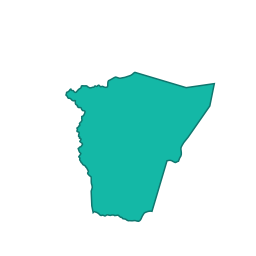 outline of San Isidro, Intibucá, Honduras, rotated 218°
{"feature_id": "27666195B3515972016416", "entity_name": "San Isidro", "entity_type": "district", "adm_level": 2, "iso_a3": "HND", "parent_name": "Honduras", "parent_adm1": "Intibucá", "projection": "mercator", "projection_center": [-88.099, 14.565], "detail": "fine", "context": "isolated", "style": "filled", "palette": "teal", "viewbox_px": 256, "rotation_deg": 218, "n_neighbors": 0, "source": "geoboundaries", "source_scale": "gbopen_adm2", "svg_char_len": 5483}
<svg xmlns="http://www.w3.org/2000/svg" viewBox="0 0 256 256"><g transform="rotate(218 128 128)"><path d="M107.0,195.6L156.8,176.1L157.1,175.4L157.4,174.5L157.5,173.4L157.7,172.7L158.3,171.0L161.1,166.8L161.8,165.8L163.4,164.0L164.4,162.8L164.9,162.3L165.3,162.0L165.9,161.7L167.7,161.1L169.0,160.6L169.3,160.2L169.8,159.4L171.4,155.5L172.2,153.8L172.4,153.4L172.4,153.0L172.4,152.7L172.3,152.4L172.0,151.7L171.2,150.5L170.3,149.2L170.0,148.9L169.8,148.5L169.7,148.1L169.7,147.6L169.8,147.2L170.0,146.8L170.3,146.5L170.6,146.3L171.0,146.0L172.3,145.5L172.7,145.4L173.3,145.3L173.6,145.2L174.3,144.5L174.8,143.8L175.1,143.6L175.4,143.6L175.8,143.6L176.4,143.8L176.8,143.8L177.2,143.8L177.4,143.7L177.6,143.5L177.8,143.1L177.9,142.8L177.9,142.1L178.0,141.8L178.2,141.5L178.3,141.4L178.5,141.3L179.0,141.1L179.6,141.0L179.8,140.9L179.9,140.7L180.0,140.4L180.1,140.1L180.0,139.8L180.0,139.5L180.1,139.1L180.3,138.8L180.5,138.6L180.9,138.4L181.1,138.2L181.7,137.2L182.1,136.7L182.6,136.3L182.8,136.1L183.1,136.0L183.7,135.9L184.9,135.7L186.0,135.8L186.3,135.7L186.7,135.6L187.0,135.4L188.5,134.2L189.6,133.4L190.1,133.1L190.3,132.9L190.4,132.6L190.5,132.4L190.5,132.2L190.4,132.0L190.0,131.4L189.9,130.9L189.8,130.6L190.7,128.0L190.9,124.1L191.0,124.0L191.2,123.8L191.6,123.6L192.0,123.4L192.4,123.4L192.7,123.4L193.0,123.4L193.5,123.6L194.0,123.7L194.3,123.7L194.5,123.6L194.7,123.4L195.0,123.2L195.4,123.0L195.8,122.9L196.0,122.9L196.2,123.0L196.5,123.2L196.8,123.5L197.0,123.5L197.2,123.1L197.3,122.7L197.3,122.3L197.2,121.7L197.2,121.3L197.3,120.7L197.5,119.9L197.7,119.2L197.9,118.9L198.2,118.6L198.2,118.4L198.2,118.0L197.8,117.5L197.6,116.8L197.2,115.8L196.8,115.7L196.4,115.6L196.0,115.6L195.6,115.7L194.2,114.9L193.8,114.8L193.6,114.8L193.3,114.8L192.7,115.1L192.0,115.6L191.6,115.7L191.3,115.7L190.9,115.7L189.1,115.4L188.7,115.5L188.3,115.6L188.0,115.7L187.6,115.9L187.2,116.4L186.8,116.9L186.7,116.9L186.4,117.0L186.3,116.9L186.1,116.9L185.9,116.4L185.1,115.6L184.7,115.1L184.2,114.7L183.8,114.5L183.3,114.5L182.3,114.5L181.6,114.5L181.4,114.4L181.3,114.2L181.1,113.9L180.9,113.7L180.5,113.7L180.1,113.7L179.7,113.7L179.4,113.8L179.1,114.0L178.6,114.4L178.2,114.7L177.9,114.9L177.6,114.9L177.3,114.9L177.0,114.8L176.8,114.7L176.5,114.4L176.3,114.3L175.4,114.0L174.6,113.8L174.3,113.9L173.1,114.6L172.5,114.7L172.2,114.6L171.8,114.3L171.4,113.4L171.0,112.1L170.8,111.2L170.8,110.6L170.8,110.1L170.9,109.7L171.0,109.4L171.2,109.1L171.5,108.6L170.9,107.9L170.2,106.8L169.8,106.5L169.3,106.1L169.0,105.7L168.8,104.0L168.8,103.5L169.0,103.1L169.0,102.8L169.0,102.1L169.0,101.7L168.9,101.6L168.8,101.4L168.3,101.1L167.9,100.8L167.7,100.5L167.5,100.1L167.5,99.9L167.6,99.7L167.8,99.6L168.0,99.2L167.8,98.5L167.7,97.9L167.8,97.6L168.0,97.3L168.1,97.0L168.2,96.7L168.1,96.4L167.7,96.3L167.3,96.1L167.2,96.0L166.9,95.6L166.6,94.6L166.3,94.2L166.0,93.9L165.9,93.9L165.7,93.9L165.3,94.1L164.5,94.4L164.2,94.4L163.8,94.3L163.6,94.1L163.4,93.9L163.2,93.7L163.0,93.2L162.8,92.5L162.0,91.2L161.9,91.1L161.6,91.0L161.1,91.1L160.7,91.2L160.4,91.1L160.2,90.9L160.2,90.4L160.1,90.2L158.5,90.4L158.3,90.4L158.1,90.2L157.9,89.8L157.8,89.2L157.8,88.2L157.7,87.9L157.6,87.7L155.9,87.7L154.9,87.7L154.3,87.5L154.1,87.4L153.9,87.2L153.7,86.8L153.8,86.3L153.6,85.6L153.6,84.9L153.6,84.4L153.7,84.0L154.1,83.7L154.2,83.4L154.3,82.9L154.4,81.8L154.6,81.3L154.6,81.1L152.5,79.8L151.8,79.4L151.3,79.2L150.9,79.1L149.8,79.0L149.6,78.9L149.4,78.8L149.3,78.5L149.2,77.1L149.1,76.1L149.2,75.5L149.1,75.1L148.8,74.9L148.6,74.9L148.3,74.9L148.0,74.9L147.7,74.8L147.4,74.7L147.2,74.5L147.1,74.3L147.0,73.9L146.9,73.7L146.5,73.3L146.1,73.0L145.7,72.9L145.0,72.7L144.3,72.3L143.8,72.1L143.6,72.0L143.1,72.0L142.6,72.0L142.2,71.8L141.6,71.6L141.2,71.5L140.8,71.4L140.4,71.5L138.8,71.7L138.1,71.7L137.7,71.6L137.5,71.4L137.3,71.3L135.9,71.1L134.6,70.5L132.6,69.6L132.5,69.3L132.3,69.0L132.1,67.7L131.7,67.3L131.3,67.1L130.0,66.9L129.1,66.7L127.8,66.8L127.5,66.8L127.0,66.7L126.7,66.5L126.0,65.7L124.2,63.4L123.5,62.6L122.6,61.7L120.8,60.4L120.4,60.0L119.9,59.5L119.5,59.0L119.1,58.1L118.6,56.9L118.2,55.7L118.0,55.4L108.6,44.4L103.4,39.9L103.3,40.6L103.1,41.2L102.9,41.4L102.6,41.6L101.8,41.8L100.7,42.2L99.5,42.4L98.0,42.4L96.6,42.2L96.3,42.2L95.9,42.3L95.5,42.4L95.2,42.6L95.1,42.8L94.9,43.1L94.8,43.3L94.6,43.5L94.3,43.7L93.5,44.1L93.2,44.2L92.6,44.2L92.2,44.4L92.0,44.6L91.7,44.9L91.6,45.2L91.5,45.7L91.4,46.0L91.1,46.5L90.7,46.9L90.3,47.2L89.2,47.6L88.2,48.2L87.9,48.4L87.5,49.1L87.0,49.6L86.4,50.1L85.8,50.5L85.4,50.7L85.2,50.7L84.8,50.7L84.5,50.8L82.7,52.7L82.4,53.0L82.2,53.1L81.9,53.2L81.5,53.2L80.1,53.1L79.1,53.1L78.7,53.2L78.2,53.6L77.9,53.7L77.6,53.6L77.0,53.5L76.1,53.4L75.8,53.6L75.3,53.9L74.5,54.3L73.7,54.7L73.3,54.7L72.7,54.7L72.2,54.7L71.5,54.9L70.9,55.0L70.7,55.1L70.4,55.3L69.9,55.8L69.5,56.1L68.2,57.0L67.5,57.5L67.1,57.9L66.4,58.6L65.7,59.2L65.1,59.6L63.6,60.2L62.8,60.7L62.5,60.8L62.3,61.0L62.1,61.3L61.8,61.9L61.7,62.5L61.6,63.1L61.7,63.9L61.8,64.6L61.9,65.0L62.2,66.2L62.4,66.8L62.6,68.3L62.7,69.4L62.8,70.3L62.8,70.9L62.7,71.4L62.3,72.2L61.8,73.1L61.2,74.1L60.4,75.1L59.7,75.8L59.0,76.4L58.6,76.7L57.8,77.1L77.1,126.2L76.4,127.0L75.6,127.9L75.0,128.4L74.3,128.8L73.8,129.0L73.2,129.2L72.3,129.3L70.6,129.6L69.8,129.8L69.5,129.9L69.4,130.1L69.0,130.6L68.8,131.1L68.3,132.1L68.1,132.5L67.8,132.9L68.8,136.2L69.1,138.5L69.8,140.1L70.9,141.5L73.3,143.9L74.2,145.3L74.7,147.6L75.1,150.9L75.0,157.8L77.1,195.7L87.3,216.1L107.0,195.6Z" fill="#14b8a6" stroke="#0f766e" stroke-width="1.5"/></g></svg>